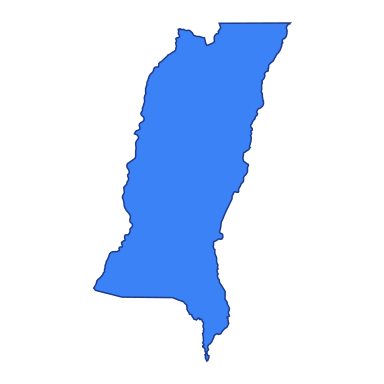 the district of Valle Viejo, Catamarca, Argentina
{"feature_id": "61730980B26555197201604", "entity_name": "Valle Viejo", "entity_type": "district", "adm_level": 2, "iso_a3": "ARG", "parent_name": "Argentina", "parent_adm1": "Catamarca", "projection": "natural_earth1", "projection_center": [-65.688, -28.627], "detail": "fine", "context": "isolated", "style": "filled", "palette": "blue", "viewbox_px": 384, "rotation_deg": 0, "n_neighbors": 0, "source": "geoboundaries", "source_scale": "gbopen_adm2", "svg_char_len": 5967}
<svg xmlns="http://www.w3.org/2000/svg" viewBox="0 0 384 384"><path d="M249.5,146.3L250.4,143.1L250.5,142.4L250.8,142.0L251.3,138.1L251.2,137.1L250.8,136.2L250.4,135.6L251.2,134.5L251.5,133.8L251.6,133.1L250.9,131.8L251.0,131.0L251.3,130.7L252.2,130.2L252.2,128.5L250.7,126.6L250.7,124.9L251.9,123.6L252.1,123.0L252.1,122.6L253.1,120.9L253.5,120.5L254.0,119.6L255.0,118.8L255.1,117.6L256.1,115.8L256.8,115.6L257.5,114.3L257.4,113.3L256.6,112.6L256.6,111.3L256.9,111.1L258.2,108.8L259.9,108.3L262.3,106.4L263.3,104.7L263.5,103.9L263.4,100.7L262.9,100.4L262.8,100.0L262.7,98.1L262.4,97.2L262.3,94.1L261.8,92.6L261.3,92.0L261.4,90.4L261.7,89.7L261.6,85.0L262.1,83.5L262.3,82.0L261.8,81.2L262.9,79.6L263.4,79.2L264.2,78.0L264.7,76.6L264.9,75.2L264.5,74.2L264.4,73.5L266.3,71.4L267.1,71.4L268.2,70.9L268.3,70.5L267.9,68.5L268.6,68.1L268.7,65.4L269.0,64.6L271.0,62.7L273.1,61.1L274.1,59.1L274.4,58.3L275.5,56.9L275.8,55.9L276.7,54.7L277.3,53.5L278.5,52.8L278.7,52.5L278.8,51.6L279.3,51.2L280.0,50.3L281.7,45.9L281.7,44.5L281.5,44.2L281.7,43.8L282.3,43.6L282.7,42.8L282.7,42.2L282.2,41.6L282.4,39.9L283.3,38.8L284.5,38.6L284.7,38.0L285.7,37.4L286.5,35.4L286.6,34.6L287.0,33.5L286.9,32.3L287.1,31.4L287.1,30.3L286.6,29.2L286.4,28.3L286.4,27.6L286.8,26.1L287.2,25.6L287.7,25.4L288.0,24.1L289.7,23.9L289.7,23.6L290.3,23.0L219.2,23.3L220.0,25.3L220.6,27.8L220.0,29.0L218.2,31.5L218.7,32.3L218.1,33.6L216.5,33.8L214.8,35.5L214.2,37.2L214.3,40.1L214.6,41.2L213.6,42.4L212.4,43.2L208.7,44.8L206.7,45.4L206.1,43.8L205.8,43.7L204.5,37.9L204.1,38.1L202.0,37.3L199.1,36.5L196.6,36.4L193.7,35.3L192.2,32.7L190.6,31.3L190.5,31.0L188.7,30.2L186.4,30.6L184.4,30.0L184.0,29.5L183.2,29.3L182.7,29.6L181.8,29.6L180.3,28.9L179.8,28.9L179.8,29.5L177.7,29.1L178.1,29.4L178.6,30.9L178.7,31.7L178.3,33.1L178.5,34.3L179.5,35.5L179.7,36.1L179.4,36.8L178.6,37.5L177.1,37.7L176.4,38.0L175.9,38.6L175.9,39.2L176.6,41.1L176.2,42.1L175.7,42.6L175.9,44.3L176.2,44.9L176.4,46.7L176.0,47.8L175.6,50.1L173.8,51.8L172.7,52.1L171.3,53.1L170.2,54.1L168.1,54.9L166.8,56.5L163.7,59.5L161.2,61.7L159.7,62.5L158.8,63.7L158.5,66.8L157.8,67.0L155.4,67.1L154.6,67.7L153.6,69.2L153.6,70.2L153.1,71.5L151.7,73.1L150.6,74.0L149.2,76.2L147.8,80.5L147.2,81.7L146.7,85.1L145.6,88.6L145.6,92.5L145.9,92.9L145.5,94.5L145.0,95.1L144.3,97.6L144.6,101.1L144.5,102.3L143.8,104.1L143.5,105.5L142.5,108.0L142.4,108.9L142.5,110.3L142.1,111.2L141.2,112.5L140.9,113.3L141.1,114.6L141.9,115.7L143.7,117.1L144.1,119.2L143.8,120.6L141.8,122.2L140.6,122.8L139.7,123.7L139.1,125.5L139.7,126.7L139.9,128.1L139.8,129.0L138.3,130.2L136.4,130.7L135.5,131.8L134.4,133.8L137.2,134.9L138.5,136.8L138.5,138.1L136.4,141.2L135.8,142.5L135.7,144.1L136.1,148.3L135.7,150.8L135.7,156.4L135.0,158.4L127.7,163.5L127.0,164.5L126.8,166.0L127.2,167.7L128.8,170.1L129.3,172.3L129.2,173.0L127.7,174.9L127.7,175.9L127.9,176.8L128.5,177.7L128.5,180.0L127.1,181.8L126.7,184.2L123.8,187.3L124.3,192.1L124.1,193.3L122.8,195.5L122.5,196.4L122.4,197.7L123.2,199.5L123.9,202.1L124.2,205.8L124.9,207.9L126.7,210.9L128.2,212.5L130.4,215.7L130.4,217.4L129.8,220.0L130.0,221.4L130.3,222.1L132.0,223.7L132.4,224.6L132.5,226.0L131.6,227.4L130.3,228.5L130.0,229.4L130.0,231.0L129.8,232.5L128.1,234.9L126.5,234.7L125.7,234.9L125.1,235.3L124.6,236.1L124.6,237.5L125.1,239.9L125.0,240.4L123.7,240.8L121.8,242.2L121.5,242.9L121.7,244.0L122.2,245.2L122.4,246.0L122.2,246.9L121.7,247.1L120.3,247.0L119.6,247.2L118.9,248.3L119.4,249.4L119.4,250.4L117.1,251.6L112.9,251.7L110.8,252.6L109.7,253.7L108.3,257.8L107.2,260.0L106.2,261.7L106.1,263.3L105.2,265.1L105.0,268.1L104.4,270.1L104.5,271.3L104.4,272.0L103.5,272.8L102.6,274.9L99.9,278.0L98.1,279.4L97.0,280.7L96.6,281.8L96.4,283.3L95.3,285.7L93.7,288.1L95.4,290.2L98.3,291.1L122.2,297.1L172.6,297.6L178.1,299.9L183.2,301.5L185.3,303.8L186.6,304.8L186.9,305.3L186.7,306.2L187.0,307.1L187.0,309.2L187.3,310.1L189.2,313.2L189.5,314.3L191.7,314.6L192.2,316.6L193.3,317.9L193.7,319.0L195.4,319.5L196.4,320.0L197.8,318.3L198.8,318.0L199.1,318.3L199.3,319.4L200.0,319.6L200.6,319.4L201.0,319.0L201.7,319.7L202.2,320.7L202.4,321.5L203.6,322.8L203.5,324.2L203.0,325.5L203.1,327.2L203.9,328.9L203.3,330.9L203.7,332.2L202.5,333.6L203.2,336.1L203.5,341.1L202.9,342.3L203.0,343.6L203.6,343.9L204.0,344.6L203.5,345.9L202.7,345.9L202.7,346.9L203.5,347.3L204.8,348.7L205.1,349.4L205.0,351.2L205.4,351.5L205.6,352.1L205.5,352.5L205.8,353.5L205.6,354.4L204.9,354.8L205.7,356.1L205.3,357.0L205.5,358.3L206.3,359.8L206.7,361.0L207.6,360.7L208.8,357.9L209.0,355.8L207.7,355.3L206.9,352.9L207.0,351.8L208.5,349.6L207.8,347.9L207.8,345.9L208.5,344.9L209.1,344.3L210.0,343.9L211.5,342.2L213.8,337.4L213.8,336.3L215.4,334.5L217.3,333.7L218.3,334.4L220.8,333.8L221.4,332.5L223.1,330.3L224.7,328.6L227.1,327.0L228.8,323.1L228.2,322.2L228.2,320.8L227.8,320.2L228.0,318.8L227.3,318.3L227.0,317.7L227.4,316.8L228.5,316.9L229.4,316.0L229.2,315.0L228.6,314.1L228.3,311.9L229.2,310.4L229.4,308.3L227.4,304.3L227.1,302.1L225.0,299.2L225.2,291.6L221.8,285.9L219.5,282.5L219.2,279.7L218.0,278.5L217.6,276.8L217.4,275.7L217.6,274.6L218.1,274.1L218.0,273.5L217.4,272.9L217.4,272.1L217.1,271.3L217.0,270.2L217.4,269.2L218.1,268.9L217.5,267.9L217.9,264.6L217.4,264.0L216.7,262.4L216.6,260.7L216.6,257.8L214.8,253.3L214.9,249.5L213.9,249.1L213.6,247.7L213.1,246.2L213.6,245.4L213.6,241.6L215.0,241.2L216.8,240.3L218.5,238.9L220.4,239.2L221.9,239.0L222.9,237.3L222.6,234.5L221.7,233.6L220.9,233.5L219.7,232.5L219.8,231.0L220.7,227.3L221.3,222.0L222.3,220.0L225.2,212.9L231.7,199.5L232.1,198.1L232.0,196.5L233.6,193.0L234.2,192.0L235.7,191.8L236.8,192.3L238.3,192.2L238.7,191.4L238.5,189.9L239.0,188.2L240.4,186.0L240.9,184.3L243.5,181.3L243.6,177.4L244.3,176.1L246.2,174.3L247.5,171.7L247.5,167.2L248.5,165.5L248.1,164.2L246.7,163.6L245.2,162.3L243.7,161.4L242.9,158.6L243.6,153.1L244.0,152.5L245.0,152.2L245.5,151.6L247.0,150.8L247.5,150.2L248.3,150.0L249.0,149.2L249.4,148.3L250.2,147.6L249.7,147.1L249.5,146.3Z" fill="#3b82f6" stroke="#1e3a8a" stroke-width="1.5"/></svg>